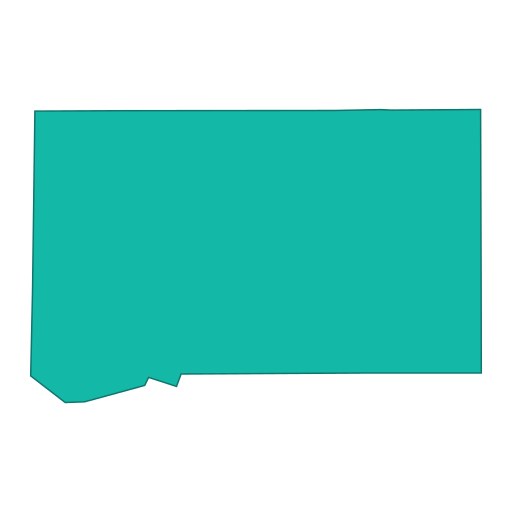 outline of Franklin, Mississippi, United States of America
{"feature_id": "52423323B97407151829576", "entity_name": "Franklin", "entity_type": "district", "adm_level": 2, "iso_a3": "USA", "parent_name": "United States of America", "parent_adm1": "Mississippi", "projection": "albers", "projection_center": [-90.954, 31.466], "detail": "fine", "context": "isolated", "style": "filled", "palette": "teal", "viewbox_px": 512, "rotation_deg": 0, "n_neighbors": 0, "source": "geoboundaries", "source_scale": "gbopen_adm2", "svg_char_len": 364}
<svg xmlns="http://www.w3.org/2000/svg" viewBox="0 0 512 512"><path d="M84.6,401.8L144.7,385.4L148.6,377.4L176.5,386.4L181.1,374.0L363.2,373.0L481.3,373.0L481.1,277.2L480.6,109.5L391.5,110.1L380.5,109.6L334.9,110.5L124.7,110.7L57.5,111.0L34.9,111.1L32.6,285.9L32.4,297.0L30.7,375.9L65.2,402.5L84.6,401.8Z" fill="#14b8a6" stroke="#0f766e" stroke-width="1.5"/></svg>